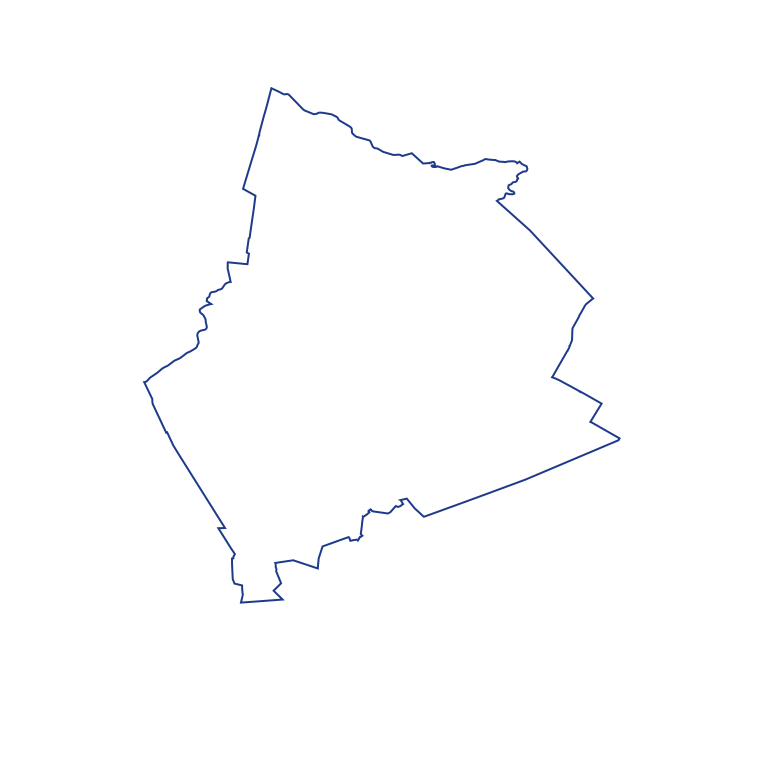 outline of Coevorden, Drenthe, Netherlands, rotated 207°
{"feature_id": "6326949B84902170380829", "entity_name": "Coevorden", "entity_type": "district", "adm_level": 2, "iso_a3": "NLD", "parent_name": "Netherlands", "parent_adm1": "Drenthe", "projection": "equal_earth", "projection_center": [6.762, 52.753], "detail": "fine", "context": "isolated", "style": "outline", "palette": "blue", "viewbox_px": 768, "rotation_deg": 207, "n_neighbors": 0, "source": "geoboundaries", "source_scale": "gbopen_adm2", "svg_char_len": 6022}
<svg xmlns="http://www.w3.org/2000/svg" viewBox="0 0 768 768"><g transform="rotate(207 384 384)"><path d="M236.4,555.1L323.7,587.1L366.5,598.4L366.1,599.0L365.9,599.4L365.7,600.3L365.5,600.6L362.4,603.2L361.9,603.8L361.6,604.4L361.5,604.9L361.9,607.9L362.0,608.4L361.9,608.9L361.7,609.2L361.4,609.5L360.8,609.7L359.2,609.8L358.6,610.0L357.2,610.7L355.9,611.2L355.2,611.8L354.3,612.8L354.4,613.1L354.8,613.5L355.4,613.9L356.0,614.1L356.5,614.1L358.0,613.7L358.4,613.7L360.2,614.0L361.5,614.4L361.9,614.6L362.2,615.0L363.0,616.8L363.1,617.3L363.0,617.9L362.8,618.2L362.2,618.9L361.6,619.4L361.4,619.7L361.1,620.4L360.9,621.6L360.7,622.1L360.3,622.5L358.6,623.8L358.2,624.3L357.9,625.0L357.9,625.4L358.1,626.1L358.2,626.6L358.1,626.8L357.9,627.3L357.7,627.8L357.7,628.0L357.9,628.2L359.0,628.6L359.6,629.1L360.0,629.6L359.9,630.2L359.4,631.9L356.9,635.8L356.2,636.6L354.5,637.6L354.1,638.0L353.9,638.3L353.7,638.9L353.7,640.1L353.7,640.3L354.0,640.8L355.7,642.7L359.2,642.6L360.4,642.6L362.0,642.9L362.9,643.2L363.5,643.5L364.2,643.7L365.6,641.1L366.5,641.6L367.0,641.7L368.1,641.7L368.9,641.5L370.5,640.9L374.2,638.8L374.4,638.6L375.1,638.2L375.6,637.5L376.8,636.9L377.1,636.5L377.6,636.3L378.1,636.3L379.5,635.7L380.3,635.3L381.4,634.9L382.5,634.3L383.2,634.4L385.0,634.2L386.6,634.1L387.1,633.7L389.5,632.8L389.9,632.6L393.2,631.3L395.5,630.6L395.8,630.4L396.5,629.6L397.3,628.2L398.8,626.5L402.9,621.5L411.2,615.6L412.0,614.6L413.2,613.9L415.0,612.1L415.7,611.2L418.9,608.0L421.4,605.4L428.2,603.5L435.4,602.2L435.4,601.9L435.6,601.6L436.5,600.8L437.9,600.0L439.2,599.6L439.6,599.6L440.4,599.8L440.6,600.0L440.6,600.3L440.5,600.5L439.6,601.0L438.7,601.3L438.0,601.7L437.8,601.9L438.3,602.4L438.5,603.0L438.8,603.3L440.3,604.4L441.0,604.1L442.1,603.3L442.6,602.4L443.7,601.8L443.7,601.4L445.2,600.7L449.2,598.2L464.0,602.2L470.7,595.9L470.9,595.6L472.1,595.4L473.4,595.5L474.4,595.3L474.8,595.1L479.7,592.3L490.0,590.5L491.1,590.5L495.2,590.8L496.2,590.8L497.2,590.7L499.2,590.0L500.0,590.0L500.9,590.1L501.7,590.4L502.3,590.8L506.0,593.9L506.4,594.1L506.8,594.3L507.5,594.4L508.2,594.3L520.6,591.8L521.5,591.8L522.3,591.9L525.5,592.8L525.9,593.0L526.4,593.3L526.7,593.6L528.6,596.7L529.2,597.2L529.9,597.5L530.5,597.7L531.1,597.8L543.3,598.6L543.8,598.7L544.4,598.9L546.5,600.3L547.1,600.5L547.6,600.5L552.5,600.5L553.5,600.4L562.1,597.7L563.0,597.3L565.0,596.3L565.6,595.7L566.2,594.8L566.7,594.2L568.3,593.0L568.7,592.7L569.1,592.6L570.3,592.4L578.6,591.7L579.9,591.8L580.9,592.0L599.6,598.4L600.4,598.6L601.0,598.6L601.8,598.4L602.4,598.1L603.9,597.0L604.6,596.8L605.3,596.6L606.2,596.6L609.7,596.7L618.6,596.4L614.8,579.1L613.2,571.1L612.8,568.8L609.8,554.7L609.4,552.7L608.5,549.5L608.2,549.2L608.0,548.7L608.3,548.5L607.3,544.0L606.7,541.2L605.7,536.1L603.9,525.7L598.2,493.9L584.0,493.4L580.6,483.9L580.3,483.2L573.2,462.2L570.1,453.2L570.6,452.3L566.0,438.9L563.5,438.8L560.1,428.8L563.6,427.3L566.3,426.3L577.2,422.0L577.4,421.9L578.4,421.5L578.4,421.3L577.3,419.1L576.8,418.1L576.7,418.1L576.0,416.4L575.8,416.0L568.8,407.6L567.8,406.2L567.0,405.3L567.5,405.1L568.2,404.5L569.8,402.7L570.6,401.6L570.9,400.7L571.1,399.9L571.6,395.9L571.8,395.3L572.0,394.9L573.0,393.8L574.6,392.5L575.2,391.1L575.7,390.4L576.2,389.9L576.8,389.3L578.9,387.9L579.5,387.2L579.7,386.8L579.9,386.0L580.0,385.2L579.4,382.9L579.4,382.5L579.5,382.0L580.3,380.6L580.5,380.1L580.3,379.5L580.1,378.7L579.9,378.5L579.6,377.4L574.2,376.8L575.8,375.5L576.8,374.5L577.8,373.6L578.9,372.4L579.2,372.0L582.0,366.7L580.9,364.9L580.3,364.4L579.8,364.1L579.3,364.0L577.6,363.7L576.7,363.4L576.2,363.3L575.2,362.7L572.9,361.0L572.1,360.3L570.9,358.2L568.1,354.9L567.7,354.2L567.5,353.7L567.5,352.9L567.6,352.2L567.8,351.7L568.4,350.9L570.9,348.9L571.3,348.5L571.9,347.8L572.2,347.4L572.6,346.5L572.9,345.7L573.0,344.9L572.9,344.3L572.8,343.5L572.6,342.9L572.3,342.4L570.6,340.2L568.2,337.2L567.9,336.6L567.8,336.1L567.8,335.8L567.9,334.7L567.9,334.3L567.7,333.0L567.6,332.4L567.8,331.3L568.1,330.3L571.1,325.5L571.9,324.4L573.1,323.0L573.8,322.0L577.0,315.4L577.5,314.5L578.0,313.7L580.8,310.3L581.5,309.3L584.7,302.7L585.3,301.7L587.2,299.3L588.3,297.6L589.0,296.2L590.6,292.2L591.3,290.7L594.9,284.2L595.4,283.2L596.3,279.7L596.6,278.8L597.0,278.1L598.0,277.1L598.5,276.8L583.6,265.4L582.7,263.6L581.9,262.4L581.0,261.2L555.9,241.7L555.3,242.5L543.6,233.4L532.9,226.9L460.3,183.5L466.1,180.3L444.5,167.4L443.0,166.7L439.6,164.7L439.8,161.9L439.1,160.2L440.2,159.5L437.6,154.5L430.2,141.5L426.6,138.3L419.0,140.1L416.5,135.6L414.1,132.1L412.2,124.3L399.1,132.2L376.5,145.9L388.5,149.7L385.2,159.7L395.2,168.3L395.4,169.3L395.7,170.0L396.1,170.5L397.3,171.7L398.8,174.3L399.3,175.0L399.6,175.2L384.9,185.7L359.2,189.6L359.7,190.6L363.0,198.9L365.0,211.4L349.5,227.9L346.0,231.5L345.0,231.0L344.5,230.7L342.8,229.0L339.9,231.4L339.4,231.7L337.9,232.7L337.7,233.0L336.5,233.0L336.2,232.8L336.0,234.7L336.2,235.5L335.9,236.9L335.7,237.0L335.4,237.0L334.4,239.0L336.5,239.6L338.8,246.1L339.5,248.0L340.7,251.0L341.6,253.8L342.4,255.8L342.7,256.4L341.9,256.5L341.5,257.3L339.7,260.7L339.4,261.7L338.7,262.9L338.7,263.0L340.0,263.6L340.2,263.8L340.1,264.2L339.4,265.4L339.3,265.7L339.0,265.7L338.8,266.2L337.0,265.4L335.7,265.6L321.7,270.4L320.1,272.8L319.9,273.6L318.1,280.6L315.7,280.8L314.1,282.5L312.5,285.7L312.8,285.8L316.3,288.1L316.5,288.1L311.7,292.2L299.6,286.9L298.9,286.8L288.3,283.8L287.4,284.6L256.1,318.1L214.8,362.8L149.5,440.4L149.6,440.7L149.4,442.5L181.4,444.0L182.9,443.9L181.2,465.3L200.0,466.2L204.5,466.3L205.7,466.4L205.7,466.0L207.7,466.3L209.3,466.4L227.6,466.9L230.2,466.9L232.7,466.8L235.1,466.6L237.3,466.3L237.3,466.9L237.2,467.2L237.0,469.3L236.6,478.5L236.3,484.0L235.7,496.5L235.5,496.9L235.6,497.0L235.5,498.5L235.5,500.3L235.6,501.1L235.8,501.6L235.7,501.6L236.2,506.9L236.3,507.9L236.4,508.5L240.8,517.9L241.1,518.7L241.3,519.9L240.8,532.4L241.0,533.1L241.0,533.9L240.9,535.8L240.8,536.8L240.5,545.0L240.4,545.5L240.3,546.4L240.0,547.3L237.0,554.1L236.4,555.1Z" fill="none" stroke="#1e3a8a" stroke-width="2"/></g></svg>